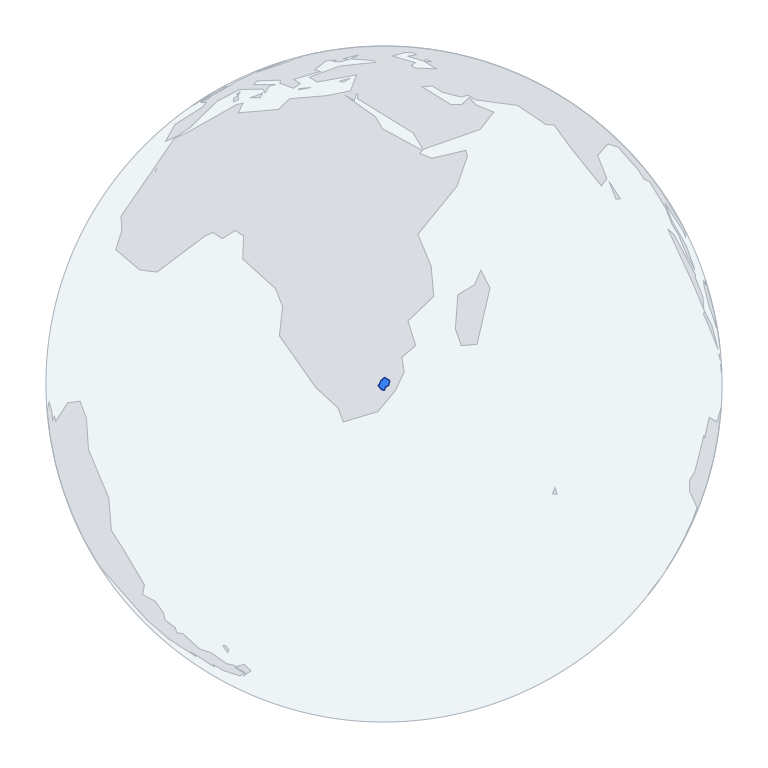 Lesotho on an orthographic globe, rotated 348°
{"feature_id": "LSO", "entity_name": "Lesotho", "entity_type": "country or territory", "adm_level": 0, "iso_a3": "LSO", "parent_name": "Africa", "parent_adm1": "", "projection": "orthographic", "projection_center": [28.2, -29.612], "detail": "fine", "context": "on_globe", "style": "filled", "palette": "blue", "viewbox_px": 768, "rotation_deg": 348, "n_neighbors": 0, "source": "natural_earth", "source_scale": "50m", "svg_char_len": 5558}
<svg xmlns="http://www.w3.org/2000/svg" viewBox="0 0 768 768"><g transform="rotate(348 384 384)"><circle cx="384" cy="384" r="338" fill="#eef3f6" stroke="#a8b0b8"/><path d="M49.1,339.1L49.0,340.0L52.6,332.2L53.4,340.9L52.4,350.7L55.0,347.1L55.1,352.2L70.7,336.7L83.1,337.6L85.8,355.9L81.3,386.5L91.1,438.6L86.8,470.6L95.0,492.2L107.9,530.8L104.0,539.7L114.8,548.7L120.6,561.9L120.8,569.4L129.1,578.9L129.6,584.3L135.2,586.3L148.5,604.9L159.1,610.9L171.9,624.9L178.9,627.9L179.2,630.0L182.7,634.1L187.1,636.9L182.6,639.6L167.3,630.9L158.6,623.0L158.8,625.1L138.9,605.4L143.6,611.6L120.4,588.6L102.8,565.1L69.4,506.2L66.1,498.4L57.9,472.7L51.9,446.4L48.0,419.8L46.2,392.9L46.6,365.9L49.1,339.1ZM194.3,636.9L185.0,640.6L188.3,637.7L180.4,629.6L189.0,629.2L194.3,636.9ZM175.3,614.0L172.1,606.7L174.4,606.7L177.1,611.8L175.3,614.0ZM356.3,47.2L343.8,49.2L333.5,50.7L331.5,50.2L356.3,47.2ZM694.6,250.9L694.7,251.2L708.8,290.8L710.9,299.0L709.5,302.8L708.2,296.1L696.4,265.4L699.4,283.2L708.5,312.0L711.8,337.1L707.1,321.6L703.1,299.3L698.9,288.0L696.3,271.3L685.7,241.1L680.7,237.5L677.5,228.0L662.2,200.9L652.9,195.8L640.5,204.9L644.7,229.3L637.9,235.5L615.0,190.2L604.3,166.0L596.4,163.9L572.6,139.3L532.5,125.1L526.5,119.1L519.0,119.3L502.3,111.1L493.1,102.5L483.0,101.1L507.5,124.6L518.3,126.7L526.9,121.5L531.7,129.8L547.8,140.9L530.9,155.0L470.9,162.6L464.7,144.4L417.4,99.4L418.7,95.5L418.4,95.0L417.8,94.2L413.8,100.5L405.6,93.3L431.2,120.9L435.7,134.1L470.1,163.5L466.9,166.0L477.9,173.2L512.7,172.4L512.9,178.5L496.7,205.5L448.3,244.6L454.6,278.6L450.9,308.5L420.5,327.4L423.0,352.9L407.2,361.5L406.1,376.7L393.4,393.1L372.2,409.7L336.3,412.7L334.2,398.2L316.4,372.9L291.7,315.0L300.9,287.2L297.7,268.2L271.8,232.2L277.5,210.0L270.5,202.9L256.1,208.1L248.1,200.1L239.3,202.2L185.1,227.3L168.8,221.7L149.6,196.8L159.5,179.2L161.6,165.3L230.1,100.2L244.3,97.0L297.9,80.0L304.5,80.0L297.9,88.5L337.8,93.5L351.1,85.3L387.6,90.0L412.1,90.3L421.5,76.0L381.4,74.7L374.8,68.4L407.2,63.8L442.4,67.6L441.0,65.4L419.1,59.1L427.4,57.0L411.5,57.1L417.7,59.2L407.9,59.8L401.6,58.0L404.8,57.0L394.3,56.0L381.7,62.3L386.7,65.1L359.0,67.3L364.6,72.7L356.9,75.9L344.6,68.2L346.0,65.3L322.7,61.1L318.7,64.1L340.4,68.7L333.5,68.8L328.2,74.5L326.8,70.3L304.1,65.9L279.3,72.9L247.1,93.0L232.7,98.9L220.9,101.2L233.3,86.8L264.0,75.4L268.8,71.6L263.2,70.7L273.0,67.8L274.5,66.4L286.1,63.0L303.1,57.1L315.0,54.5L322.3,51.9L329.4,50.6L323.1,52.2L325.1,52.6L354.8,49.0L360.7,48.2L363.0,47.1L370.9,46.9L369.3,46.5L386.7,46.1L377.4,46.1L402.4,46.6L427.4,48.9L452.1,53.0L476.4,58.9L500.2,66.7L523.3,76.1L545.7,87.3L567.3,100.1L587.8,114.4L607.2,130.3L625.3,147.5L642.2,166.0L657.6,185.7L671.5,206.5L683.9,228.3L694.6,250.9ZM206.4,125.3L204.4,129.3L206.4,125.3ZM480.0,81.3L500.8,86.6L490.8,77.1L498.0,78.6L492.0,75.2L490.0,76.4L475.2,68.2L483.9,68.7L481.1,66.0L473.9,64.2L460.3,64.9L481.4,76.2L476.9,78.1L480.0,81.3ZM271.5,65.4L274.8,64.3L270.0,66.1L254.9,71.9L261.7,69.0L268.3,66.5L271.5,65.4ZM287.8,60.1L285.7,60.7L292.7,59.7L288.9,61.5L263.0,69.7L273.5,65.7L269.3,66.7L281.2,62.3L282.3,61.7L287.8,60.1ZM312.4,76.1L317.5,75.6L325.7,74.2L322.5,78.2L312.4,76.1ZM296.5,73.0L301.3,71.7L300.8,75.7L295.4,76.6L296.5,73.0ZM304.3,68.0L301.6,71.3L299.9,70.1L304.3,68.0ZM327.5,51.4L332.6,50.6L333.0,50.7L330.0,51.5L327.5,51.4ZM414.5,77.9L407.2,80.3L403.6,78.8L406.8,78.2L414.5,77.9ZM362.5,77.4L374.2,78.8L361.5,78.5L362.5,77.4ZM529.8,520.8L530.4,528.0L525.9,526.4L529.8,520.8ZM507.6,312.1L483.2,364.6L467.6,362.5L465.3,344.9L474.8,312.1L493.2,305.7L502.4,292.8L507.6,312.1ZM717.2,435.0L716.5,442.3L716.2,443.4L717.2,435.0ZM718.2,424.0L718.0,431.1L717.6,425.9L718.2,424.0ZM717.4,439.3L717.0,441.3L717.8,434.0L717.5,438.2L717.4,438.9L717.4,439.3ZM718.0,419.6L713.8,395.2L711.1,382.2L712.6,379.2L716.9,395.6L718.0,419.6ZM712.3,378.3L707.1,350.1L693.8,291.3L698.8,298.3L711.4,342.0L710.7,345.1L714.0,364.8L712.3,378.3ZM721.9,383.5L721.7,386.9L720.9,398.6L719.4,384.0L718.2,375.9L717.5,355.0L718.0,348.9L719.2,354.1L720.0,348.2L721.9,383.5ZM646.2,232.5L653.7,252.0L649.4,251.5L646.2,232.5ZM603.6,640.8L597.9,645.5L600.6,642.9L613.2,632.2L606.6,638.2L603.6,640.8ZM621.9,623.9L621.8,624.0L630.1,615.2L646.0,597.1L645.5,597.2L651.3,590.6L647.9,593.9L657.5,581.3L664.6,569.8L660.6,552.4L663.1,541.5L669.7,534.7L686.3,500.6L686.2,503.8L695.3,484.3L701.8,490.2L708.8,477.3L707.8,480.7L700.1,503.5L690.7,525.8L679.9,547.3L667.5,567.9L653.6,587.7L638.4,606.4L621.9,623.9ZM715.1,451.5L715.1,451.3L715.2,451.0L715.1,451.5ZM720.7,413.2L720.1,418.8L720.4,414.9L721.5,400.0L721.7,395.5L720.7,413.2Z" fill="#d9dde1" stroke="#a8b0b8" stroke-width="1"/><path d="M386.7,386.9L386.3,387.0L386.2,387.1L385.9,387.0L385.5,387.1L385.2,387.1L384.6,387.6L383.9,388.7L383.7,388.9L383.6,389.4L383.5,389.7L383.3,390.0L383.1,390.1L382.5,390.0L381.7,389.8L381.3,389.5L380.9,389.0L380.7,388.7L380.4,388.4L380.1,388.3L380.0,388.2L379.9,388.2L379.7,388.0L379.7,387.8L379.7,387.2L379.5,386.9L379.1,386.4L378.9,386.0L378.5,385.4L378.3,384.9L378.1,384.3L378.1,384.1L378.3,384.0L378.9,383.7L379.4,383.5L379.7,383.1L380.0,382.5L380.2,382.2L380.4,382.0L380.5,381.8L380.9,381.3L381.2,380.7L381.6,380.0L382.1,379.9L382.8,379.6L383.4,379.1L384.2,378.6L385.4,378.1L386.0,378.0L386.2,377.9L386.3,378.0L386.5,378.3L386.7,378.6L387.2,379.0L387.4,379.1L387.9,379.7L388.4,380.1L389.0,380.6L389.5,380.9L389.9,381.4L390.0,381.7L390.1,382.0L390.1,382.3L389.9,383.0L389.6,383.8L389.4,384.1L389.1,384.3L388.8,384.5L388.7,385.1L388.6,385.8L388.2,386.1L388.0,386.3L387.6,386.5L386.7,386.9Z" fill="#3b82f6" stroke="#1e3a8a" stroke-width="1.5"/></g></svg>